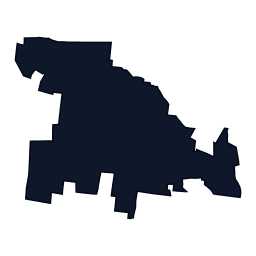 Tekantó, Yucatán, Mexico
{"feature_id": "50627088B33701655383070", "entity_name": "Tekantó", "entity_type": "district", "adm_level": 2, "iso_a3": "MEX", "parent_name": "Mexico", "parent_adm1": "Yucatán", "projection": "albers", "projection_center": [-89.093, 21.008], "detail": "fine", "context": "isolated", "style": "filled", "palette": "ink", "viewbox_px": 256, "rotation_deg": 0, "n_neighbors": 0, "source": "geoboundaries", "source_scale": "gbopen_adm2", "svg_char_len": 4305}
<svg xmlns="http://www.w3.org/2000/svg" viewBox="0 0 256 256"><path d="M236.7,150.7L236.0,147.3L229.0,143.5L227.5,143.0L227.2,138.9L227.3,137.4L227.4,135.7L227.5,135.0L226.9,131.5L227.4,129.3L227.7,128.7L224.6,128.3L215.7,143.6L213.9,142.5L214.0,157.0L213.2,156.6L212.3,156.2L211.5,155.8L209.9,155.1L208.8,154.6L208.3,154.4L206.2,153.4L203.9,152.5L203.2,152.2L201.3,151.5L197.6,150.0L196.6,149.6L196.8,151.6L194.1,151.3L194.5,147.3L194.8,145.3L195.1,142.6L195.4,140.9L189.6,137.7L194.6,128.7L191.4,128.4L187.9,128.1L187.9,127.8L185.2,127.5L183.7,125.9L182.8,125.1L182.4,124.7L180.3,121.9L179.1,120.5L177.3,118.3L177.2,118.2L176.5,117.1L175.8,116.0L170.5,115.5L167.2,115.1L167.5,112.6L167.8,110.4L167.9,109.6L168.1,108.4L168.1,107.5L168.6,104.4L166.9,101.6L166.1,100.9L165.8,100.7L165.1,99.5L163.7,98.3L162.5,96.4L161.6,94.6L159.4,90.7L158.4,89.4L158.0,88.5L157.3,86.7L154.6,86.4L153.0,86.2L153.1,85.6L151.4,85.6L150.7,85.7L150.4,84.1L149.9,82.8L148.6,82.6L147.5,82.5L146.4,82.4L145.4,82.3L143.2,82.0L143.4,81.3L143.7,79.4L143.2,79.1L143.1,78.9L142.4,78.4L141.6,78.1L140.6,77.8L139.0,77.3L137.8,77.2L136.6,77.1L135.9,77.1L135.1,77.1L134.3,77.1L133.5,78.0L126.9,70.4L125.8,70.1L123.5,69.9L121.5,67.8L119.8,67.6L111.7,66.8L112.2,60.5L109.4,60.1L111.2,42.4L82.3,42.4L78.9,42.3L74.3,42.3L69.8,42.3L66.1,42.2L63.4,41.9L58.7,42.0L56.8,41.6L52.4,40.3L50.1,39.2L48.4,38.3L48.3,38.6L43.9,38.2L38.9,37.5L37.1,37.9L35.6,37.9L33.9,37.9L25.0,38.1L24.9,38.1L24.4,38.1L24.4,40.7L24.1,45.3L18.6,44.1L17.3,43.5L17.1,45.0L16.9,46.7L15.4,60.2L23.6,75.7L30.4,78.1L31.1,75.3L31.0,75.2L35.2,69.4L35.6,69.6L36.1,69.9L36.5,70.1L36.9,70.4L37.3,70.6L37.7,70.8L38.3,71.2L38.5,71.3L38.9,71.6L39.4,71.8L40.4,72.4L42.6,73.7L42.8,73.2L43.3,73.1L45.2,74.2L45.1,74.3L43.0,77.9L42.0,79.6L40.9,81.5L40.4,83.4L39.9,85.7L38.7,90.3L46.4,92.5L52.7,94.2L52.8,92.8L52.9,92.1L56.6,92.5L58.7,92.7L62.3,93.1L62.1,94.5L62.0,95.8L61.6,98.8L61.4,101.0L61.2,102.0L60.9,104.6L60.6,107.4L60.4,109.4L60.1,112.1L59.7,115.1L59.5,117.0L59.3,119.0L59.0,121.7L58.6,124.5L52.9,124.9L52.9,125.1L52.9,125.3L52.8,131.1L52.8,131.3L52.8,131.5L52.7,141.0L51.6,141.0L48.2,141.0L43.3,141.1L38.6,141.2L35.4,141.2L30.4,141.3L29.9,152.2L29.7,157.9L29.6,160.2L29.4,163.6L29.4,165.5L29.1,169.5L29.1,170.6L28.8,175.5L28.0,179.5L27.9,180.3L26.5,188.0L26.3,191.5L26.1,194.7L25.9,196.9L25.8,198.9L28.8,199.5L32.0,200.0L32.7,200.2L35.3,200.6L39.4,201.3L39.5,201.3L43.0,202.0L44.3,202.2L46.9,202.6L47.2,202.7L49.5,203.1L50.4,203.2L50.7,199.6L50.9,197.1L51.1,194.1L51.2,192.2L51.4,192.3L57.5,193.3L61.3,194.0L62.3,194.1L62.4,191.8L62.5,190.8L62.6,190.2L62.7,188.5L62.8,187.6L63.2,184.3L63.6,181.0L63.6,180.7L67.5,181.1L70.1,181.4L71.4,181.6L73.1,181.8L76.0,182.2L76.2,192.0L86.0,193.1L88.3,193.3L90.5,193.6L91.5,193.7L93.1,193.8L96.3,194.0L96.5,194.0L97.8,188.9L98.1,186.5L99.3,179.6L99.6,177.7L100.9,171.7L106.6,172.3L107.6,172.3L112.8,172.8L114.6,173.0L113.9,177.7L113.2,182.2L112.5,187.2L111.3,195.8L116.2,196.5L115.4,205.1L114.8,210.1L114.7,210.9L117.4,211.2L128.6,212.5L128.0,218.2L130.9,218.5L131.0,217.6L133.3,217.9L133.6,215.1L135.5,207.2L135.6,201.2L135.9,199.1L137.3,191.1L144.9,192.3L145.1,192.4L147.6,192.7L152.8,193.5L156.9,194.0L157.1,194.0L170.6,195.6L169.6,190.3L167.0,190.1L167.5,184.1L173.9,184.2L173.2,190.6L173.8,190.6L175.4,190.8L176.6,190.9L177.2,191.0L179.6,191.1L179.8,191.2L181.0,191.2L181.1,191.3L183.5,191.4L185.2,191.6L186.5,191.5L182.1,187.6L182.2,186.8L182.4,186.0L182.6,184.2L182.3,180.6L182.3,178.9L187.7,178.3L189.8,178.0L192.1,178.0L195.0,178.1L197.6,178.0L199.7,177.8L201.6,177.6L201.8,179.9L202.7,179.9L204.3,179.9L204.3,180.3L204.6,180.3L204.7,182.1L204.7,183.9L204.7,184.6L206.8,186.2L207.5,186.7L209.0,188.1L210.6,189.5L211.2,190.0L213.4,193.5L213.7,193.9L216.8,194.4L219.5,194.7L220.4,194.8L225.4,195.5L225.9,195.5L226.2,195.6L228.9,195.9L229.5,196.0L234.0,196.6L238.8,197.2L240.0,197.3L240.2,196.1L240.6,193.9L240.6,192.9L240.5,190.8L240.3,189.3L240.2,189.1L239.9,187.6L239.4,186.3L238.6,184.8L237.8,183.0L237.3,182.2L236.4,180.9L235.7,179.9L235.3,178.9L234.8,176.8L234.6,175.7L234.6,174.6L234.6,173.8L234.6,171.4L234.4,169.8L234.3,168.1L234.3,167.0L234.2,165.9L236.8,165.3L236.7,164.9L238.8,164.6L238.5,162.8L238.6,161.9L238.2,159.7L237.9,158.0L237.6,156.0L237.0,152.8L236.7,150.7Z" fill="#0f172a" stroke="#020617" stroke-width="1.5"/></svg>